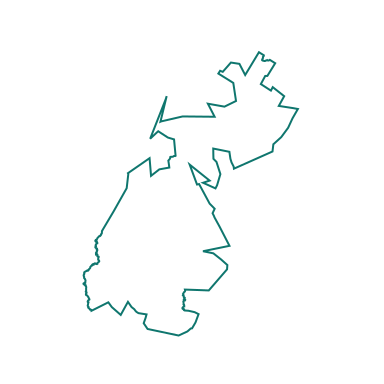 outline of Canelas, Durango, Mexico, rotated 302°
{"feature_id": "50627088B77735288165812", "entity_name": "Canelas", "entity_type": "district", "adm_level": 2, "iso_a3": "MEX", "parent_name": "Mexico", "parent_adm1": "Durango", "projection": "orthographic", "projection_center": [-106.573, 25.072], "detail": "fine", "context": "isolated", "style": "outline", "palette": "teal", "viewbox_px": 384, "rotation_deg": 302, "n_neighbors": 0, "source": "geoboundaries", "source_scale": "gbopen_adm2", "svg_char_len": 5473}
<svg xmlns="http://www.w3.org/2000/svg" viewBox="0 0 384 384"><g transform="rotate(302 192 192)"><path d="M83.2,264.1L91.9,262.3L91.5,257.9L89.4,251.9L87.6,248.5L87.6,247.8L88.1,247.6L88.1,247.3L88.4,247.0L88.2,246.5L88.0,246.3L88.0,245.9L88.3,245.5L88.7,245.3L89.6,245.4L90.1,245.6L90.6,245.5L90.9,245.7L91.0,246.0L91.2,245.9L91.4,245.7L91.5,245.5L91.8,245.4L92.2,245.0L92.3,244.3L92.7,244.2L93.2,243.8L93.5,243.6L94.5,242.7L95.3,242.6L95.7,242.8L95.9,243.2L96.2,243.5L96.7,243.5L97.0,243.4L97.1,243.1L97.1,242.5L96.8,242.3L96.8,242.0L96.8,241.9L97.1,241.9L98.2,242.0L98.4,242.0L98.5,241.9L98.4,241.5L98.5,241.1L98.5,240.8L98.6,240.6L98.8,240.5L99.0,240.3L99.4,240.2L99.5,240.1L99.7,239.7L99.6,239.2L100.3,239.2L100.5,239.0L100.5,238.8L100.7,238.7L100.8,238.4L101.5,238.4L101.8,238.4L102.5,238.3L103.1,238.4L103.4,238.6L103.9,238.7L104.4,238.6L104.7,238.5L105.5,237.7L112.2,249.3L117.4,258.4L145.0,262.7L148.8,260.7L150.2,252.5L151.3,242.6L147.6,232.7L166.2,252.3L177.2,233.8L182.4,224.5L183.2,223.5L184.9,220.7L189.8,220.1L191.5,213.1L202.5,193.8L201.0,192.3L214.0,175.5L211.0,200.9L205.7,196.5L207.5,210.0L211.0,209.7L222.2,206.6L230.5,196.8L231.5,192.6L235.6,189.9L240.1,187.0L245.9,202.4L240.5,207.0L238.0,209.9L235.6,213.9L234.0,215.2L269.0,238.8L275.6,235.7L285.8,238.6L297.4,239.5L307.7,238.2L318.5,237.8L316.8,233.5L311.0,220.0L322.1,219.4L323.7,204.9L319.8,205.2L320.0,193.2L329.2,192.6L330.4,194.4L345.3,194.3L345.3,188.0L345.0,187.9L344.8,187.7L344.7,187.7L344.2,187.4L343.9,187.0L343.6,186.3L343.7,185.8L343.0,185.4L342.8,185.1L341.9,184.6L341.4,183.9L341.2,182.9L341.0,182.7L340.9,181.7L341.5,181.3L341.7,181.2L342.0,181.2L342.3,181.3L342.6,181.3L343.4,181.1L344.0,180.6L344.5,180.6L345.0,180.8L345.8,180.6L346.0,180.5L346.0,174.7L319.4,175.1L325.8,164.3L322.4,156.4L310.2,154.4L309.7,151.6L306.4,151.6L306.4,169.2L292.5,181.1L281.6,174.3L275.3,158.7L267.8,171.3L251.1,144.0L235.5,128.4L234.9,128.0L259.9,119.7L256.9,120.5L215.0,128.3L225.6,131.1L225.4,142.7L227.1,148.9L214.0,158.9L213.6,158.7L213.1,157.8L212.9,157.6L212.1,157.3L211.9,157.1L211.3,156.5L210.6,155.4L210.4,155.1L210.2,155.0L209.9,155.1L209.3,155.5L208.4,155.6L207.6,155.6L207.0,155.4L206.5,155.4L206.1,155.3L202.2,158.6L200.7,159.8L193.9,152.3L184.0,148.7L198.2,138.1L174.0,127.7L173.6,128.4L160.6,134.6L133.8,135.8L112.2,136.3L111.8,136.4L111.3,136.3L111.0,136.5L110.6,136.6L110.3,136.8L110.0,137.0L109.8,137.1L109.2,137.4L108.9,137.5L108.3,137.3L107.8,137.2L107.5,137.3L107.4,137.5L107.1,137.6L106.6,137.5L106.0,137.4L105.9,137.3L105.8,137.1L105.7,137.1L105.6,136.9L105.3,136.8L105.1,136.6L104.8,136.6L104.7,136.6L104.4,136.5L104.2,136.5L102.7,136.2L102.3,136.3L101.7,136.4L101.2,136.4L100.8,136.6L100.5,136.6L100.4,136.6L100.1,136.4L100.2,136.0L100.2,135.8L99.9,135.8L99.5,135.8L99.4,135.9L99.2,136.1L99.2,136.4L99.0,136.5L98.9,136.8L99.4,137.4L99.3,137.9L99.0,138.2L98.6,138.3L98.7,138.6L98.6,138.8L98.3,138.9L98.2,138.8L97.9,138.4L97.4,138.4L96.5,138.3L96.1,138.4L96.0,138.6L95.8,138.8L95.7,138.8L95.3,138.8L95.1,139.3L94.9,139.5L94.6,139.5L94.1,139.2L93.9,139.3L93.6,139.9L93.6,140.2L93.6,140.8L93.7,141.3L93.6,141.5L93.3,141.7L92.6,141.7L92.5,141.8L92.7,142.4L92.6,142.5L92.3,142.6L91.9,142.7L91.0,142.9L90.5,142.9L90.0,142.7L89.9,142.7L89.8,142.9L89.9,143.3L89.8,143.5L89.7,143.5L89.2,143.3L89.0,143.2L88.8,143.2L88.4,143.5L88.0,143.8L88.1,144.0L88.8,144.7L88.8,144.8L88.7,145.0L88.4,145.0L87.5,145.8L87.3,145.9L87.3,146.1L87.4,146.4L87.7,146.9L87.7,147.1L87.3,147.4L87.0,147.4L86.7,147.4L86.3,147.6L85.4,147.9L85.0,148.2L84.8,148.5L84.7,148.7L84.7,149.4L84.2,150.0L83.9,150.1L83.7,150.1L82.8,149.8L82.4,149.6L81.9,149.4L81.6,149.5L81.1,149.7L81.0,149.8L80.8,149.7L80.5,149.6L80.4,149.4L80.1,148.8L80.1,148.4L80.2,148.2L80.2,147.8L80.0,147.4L79.4,147.2L78.9,147.1L78.3,147.2L78.1,147.0L78.2,146.6L78.4,146.3L78.1,146.1L77.8,146.0L77.5,145.9L77.4,146.0L77.0,146.3L76.8,146.3L76.6,146.2L76.4,145.9L76.1,145.7L75.9,145.7L74.4,145.5L74.0,145.8L73.6,145.9L72.7,145.8L71.8,145.5L71.5,145.6L70.9,145.7L70.5,145.6L70.4,145.6L70.2,145.5L70.3,145.1L70.2,144.8L70.0,144.7L69.5,144.5L69.4,144.6L69.2,144.5L68.9,144.3L68.4,143.9L67.9,143.6L67.2,143.4L66.9,143.2L66.5,143.3L66.1,143.5L66.0,143.8L64.9,144.0L64.7,144.3L64.0,144.2L63.5,144.6L63.0,145.2L62.9,145.5L62.4,145.8L62.1,145.9L61.8,146.2L61.7,146.4L61.6,147.2L61.2,147.6L61.0,148.1L60.4,148.7L60.2,148.8L59.9,148.9L59.2,149.1L58.9,149.2L58.6,149.6L58.4,149.7L57.7,149.5L57.3,149.4L57.3,149.1L57.4,148.7L56.9,148.5L56.6,148.6L56.5,148.9L56.3,150.0L56.3,150.4L56.6,150.9L56.6,151.3L55.8,151.7L55.7,152.1L55.7,152.3L55.4,152.6L55.0,152.9L53.7,153.5L52.7,154.3L52.0,154.5L51.4,154.6L51.1,154.8L51.0,155.0L51.1,155.7L50.7,156.0L50.4,156.1L49.5,156.0L48.9,156.3L48.6,156.6L48.5,157.1L48.7,157.4L48.7,157.9L48.4,158.6L48.3,159.1L48.2,159.3L47.8,159.8L47.8,160.1L47.6,160.3L47.2,160.9L47.1,161.0L46.9,161.3L46.8,161.7L46.6,161.9L46.4,162.0L45.9,161.8L45.4,161.5L44.7,161.4L44.1,161.5L43.6,161.7L43.4,162.1L43.5,162.6L43.4,162.6L41.5,163.4L40.5,163.7L40.2,163.9L40.1,164.1L40.0,164.3L39.8,165.1L39.7,165.2L39.3,165.1L39.1,165.1L38.9,165.3L38.9,165.6L38.8,166.0L38.7,166.5L38.7,166.9L38.7,167.3L38.3,167.6L38.2,167.7L38.2,167.9L38.3,168.2L38.6,168.8L38.7,169.0L38.5,169.3L38.0,169.7L54.1,179.5L51.9,185.0L50.0,196.7L60.8,196.1L64.9,195.9L62.4,201.7L62.0,205.2L61.3,206.9L60.9,208.4L60.9,210.8L64.1,218.3L60.8,219.3L55.1,220.6L52.3,226.9L63.2,256.7L71.3,262.0L75.6,263.3L76.4,264.3L83.2,264.1Z" fill="none" stroke="#0f766e" stroke-width="2"/></g></svg>